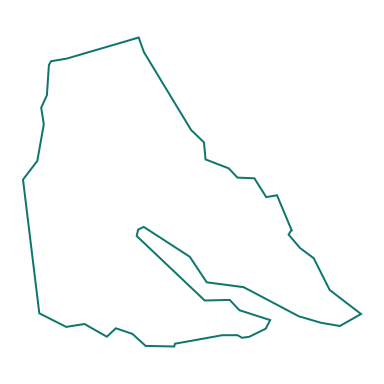 Perquimans, North Carolina, United States of America
{"feature_id": "52423323B57598865741188", "entity_name": "Perquimans", "entity_type": "district", "adm_level": 2, "iso_a3": "USA", "parent_name": "United States of America", "parent_adm1": "North Carolina", "projection": "robinson", "projection_center": [-76.396, 36.227], "detail": "fine", "context": "isolated", "style": "outline", "palette": "teal", "viewbox_px": 384, "rotation_deg": 0, "n_neighbors": 0, "source": "geoboundaries", "source_scale": "gbopen_adm2", "svg_char_len": 744}
<svg xmlns="http://www.w3.org/2000/svg" viewBox="0 0 384 384"><path d="M48.9,65.1L46.9,95.2L41.2,107.7L43.8,124.4L37.3,160.9L23.0,179.6L39.3,313.3L66.2,326.9L84.5,324.0L106.8,336.7L115.9,328.3L132.4,333.9L145.6,345.9L174.2,346.5L175.0,343.7L222.4,335.2L237.6,335.2L242.0,337.8L249.2,336.8L265.7,328.7L270.2,320.1L239.4,310.2L229.7,299.9L204.7,300.5L136.7,236.0L138.1,229.6L143.7,226.9L189.8,256.8L206.7,282.3L243.7,287.2L298.8,316.3L321.1,322.8L339.9,326.0L361.0,314.0L329.7,290.0L313.7,258.2L300.0,248.0L288.6,234.6L291.1,230.5L291.7,230.4L277.0,195.3L266.2,197.1L254.4,178.3L237.4,177.6L228.8,168.4L205.5,159.4L204.0,142.4L191.1,130.0L143.9,52.1L138.7,37.5L66.3,58.7L51.1,61.2L48.9,65.1Z" fill="none" stroke="#0f766e" stroke-width="2"/></svg>